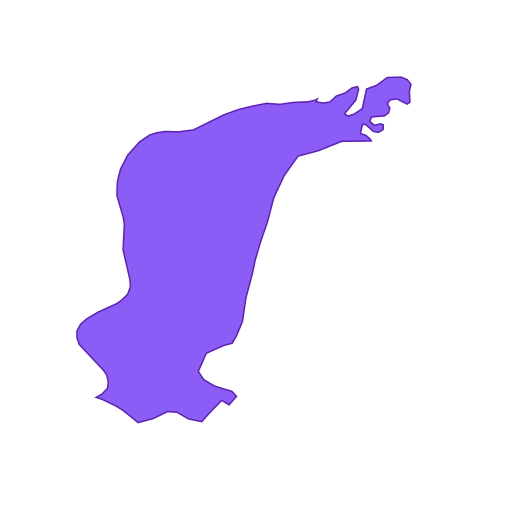 outline of Chonnae, Kangwŏn-do, North Korea, rotated 345°
{"feature_id": "82179303B51352172049621", "entity_name": "Chonnae", "entity_type": "district", "adm_level": 2, "iso_a3": "PRK", "parent_name": "North Korea", "parent_adm1": "Kangwŏn-do", "projection": "robinson", "projection_center": [127.238, 39.287], "detail": "fine", "context": "isolated", "style": "filled", "palette": "violet", "viewbox_px": 512, "rotation_deg": 345, "n_neighbors": 0, "source": "geoboundaries", "source_scale": "gbopen_adm2", "svg_char_len": 1630}
<svg xmlns="http://www.w3.org/2000/svg" viewBox="0 0 512 512"><g transform="rotate(345 256 256)"><path d="M355.7,120.3L353.8,120.8L346.1,120.5L332.2,117.4L318.4,115.7L311.1,113.2L305.8,111.3L291.2,110.3L276.8,110.0L261.6,111.3L228.1,118.0L213.2,116.0L200.4,112.2L192.0,111.3L184.7,111.6L172.9,115.7L158.3,125.3L147.8,136.8L143.9,143.5L141.0,149.3L137.3,161.7L137.8,183.7L137.1,191.1L130.0,213.2L129.2,215.7L128.1,246.0L126.8,253.1L122.1,259.8L115.3,263.6L109.8,265.8L89.1,269.3L76.3,272.9L69.0,276.4L63.7,282.1L61.9,288.5L62.4,295.8L78.9,326.5L81.0,332.3L80.7,339.6L78.3,345.4L71.5,349.5L65.0,351.2L70.2,354.6L81.7,364.5L87.2,370.3L96.4,382.7L99.0,386.4L105.6,386.4L114.8,386.4L130.2,383.4L139.3,386.5L148.5,395.8L160.7,402.0L170.0,395.9L185.4,386.6L191.5,392.8L192.2,392.3L200.8,386.6L197.7,380.5L182.5,371.1L173.4,361.8L170.4,352.5L182.8,337.1L201.2,334.1L210.4,334.1L216.6,327.9L226.0,315.6L235.4,293.9L247.8,272.3L254.1,259.9L263.4,244.5L275.9,226.0L288.3,204.3L303.8,185.8L322.4,170.4L343.8,170.4L368.4,167.4L397.1,174.7L396.8,173.2L393.5,168.0L388.6,164.7L389.0,163.8L392.9,156.4L395.9,157.3L401.6,166.0L406.2,168.3L411.6,166.7L412.9,162.2L410.7,160.6L404.1,160.3L400.7,155.4L403.6,151.6L416.3,153.9L421.1,152.0L423.5,147.9L422.3,142.9L426.1,139.9L432.7,140.7L441.3,148.4L444.4,147.4L445.1,144.2L446.8,136.5L450.1,130.3L447.8,124.9L442.5,120.8L436.3,119.3L429.0,117.6L416.6,122.4L406.0,123.3L396.9,141.1L387.3,144.4L381.1,144.6L378.2,141.6L392.8,131.2L398.3,121.4L397.8,118.7L392.3,118.5L384.4,121.6L374.9,122.3L367.2,126.4L360.6,125.7L353.8,122.5L355.7,120.3Z" fill="#8b5cf6" stroke="#5b21b6" stroke-width="1.5"/></g></svg>